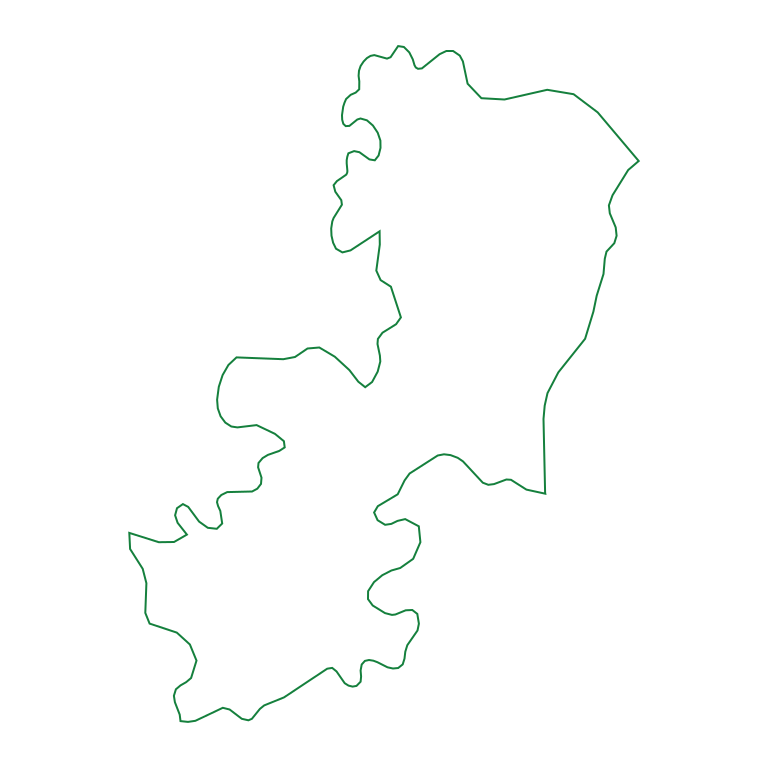 an SVG outline of Catania
{"feature_id": "ITA-5413", "entity_name": "Catania", "entity_type": "Province", "adm_level": 1, "iso_a3": "ITA", "parent_name": "Italy", "parent_adm1": "", "projection": "equal_earth", "projection_center": [14.756, 37.507], "detail": "fine", "context": "isolated", "style": "outline", "palette": "green", "viewbox_px": 768, "rotation_deg": 0, "n_neighbors": 0, "source": "natural_earth", "source_scale": "10m", "svg_char_len": 3023}
<svg xmlns="http://www.w3.org/2000/svg" viewBox="0 0 768 768"><path d="M638.7,161.0L628.2,170.0L612.5,195.3L608.9,205.4L609.8,213.3L615.7,227.4L616.6,235.8L614.3,243.2L606.5,251.6L604.8,258.7L603.5,274.0L596.7,295.7L593.4,311.6L585.1,338.8L558.3,372.4L547.5,393.1L544.7,405.6L543.5,419.0L545.1,492.4L545.3,493.7L526.4,489.6L511.0,479.8L506.4,479.5L494.0,484.1L488.3,484.8L482.8,482.7L463.0,461.4L457.7,457.8L450.5,455.1L444.0,454.3L437.7,455.5L409.6,473.5L404.6,480.4L397.7,494.3L377.8,506.2L374.1,512.5L377.6,520.2L385.1,524.8L391.3,523.9L397.5,520.9L405.2,519.1L418.8,526.3L420.4,542.2L413.2,558.8L400.2,568.0L391.4,570.5L382.3,575.2L374.0,582.1L368.1,591.2L368.0,599.1L372.7,605.5L385.0,613.1L392.0,614.9L395.4,614.5L405.7,610.3L412.3,610.0L417.3,613.9L418.9,623.7L417.5,630.5L407.3,645.2L405.3,651.7L404.5,658.6L402.7,664.4L398.2,668.0L393.0,668.5L387.5,667.3L377.4,662.2L373.4,660.7L369.0,660.0L364.9,660.9L361.7,664.5L360.6,670.5L361.1,676.5L360.6,681.7L356.5,685.9L352.6,686.6L348.5,685.6L344.7,683.2L336.5,671.4L332.2,667.9L327.2,668.7L284.0,697.4L264.2,705.4L259.9,708.9L251.9,718.8L248.4,720.3L241.8,718.8L229.6,709.5L222.8,707.8L195.4,720.8L188.0,721.9L180.5,721.1L179.7,714.6L174.9,702.2L173.9,695.8L175.9,689.3L180.5,685.4L186.1,682.2L191.1,678.0L196.5,660.6L189.9,644.5L176.8,632.6L149.6,623.6L145.3,612.9L146.4,583.2L142.7,568.8L130.1,549.0L129.3,532.9L158.8,542.2L174.0,542.0L186.9,534.6L177.6,522.8L175.1,515.3L177.0,508.2L182.9,504.1L188.2,506.9L199.1,521.6L207.8,527.8L216.8,528.8L222.2,523.5L220.3,510.9L218.1,506.1L217.0,502.2L217.8,498.7L221.3,495.0L227.2,492.1L252.1,491.5L257.3,488.7L261.0,483.9L261.5,477.7L258.1,467.3L258.5,463.0L262.6,458.1L267.9,454.9L279.3,450.9L284.7,447.4L283.9,441.2L275.0,433.9L256.6,425.1L237.4,427.4L231.3,426.5L225.3,422.6L220.6,416.3L217.8,408.4L217.1,399.7L218.8,386.8L222.6,375.1L228.4,365.0L236.5,357.4L283.3,359.2L295.0,357.0L307.5,348.5L319.3,347.5L334.8,356.7L349.4,370.1L358.3,381.7L365.2,387.2L372.1,382.0L377.7,371.6L380.3,361.5L379.9,355.6L377.5,344.0L377.9,338.9L382.5,332.7L396.1,324.2L400.9,317.4L390.9,286.7L380.6,280.1L376.3,270.6L379.8,244.6L379.6,231.3L350.5,250.4L342.4,252.4L336.0,248.7L333.1,242.7L331.5,235.7L331.2,228.5L332.3,221.4L333.6,218.0L341.9,204.7L341.3,200.2L335.3,191.7L333.6,185.2L336.9,181.1L346.3,174.6L347.2,172.7L347.4,171.0L346.7,163.4L346.7,160.1L347.3,156.7L348.4,153.3L354.1,151.1L359.4,152.2L369.4,159.4L374.8,160.3L378.6,155.5L380.5,147.9L380.4,140.6L377.7,132.7L372.9,125.5L366.9,120.3L360.5,118.5L357.3,119.5L349.4,125.9L345.7,126.1L343.3,123.8L342.2,119.8L342.0,115.2L343.2,106.7L344.5,102.7L346.1,99.0L350.7,94.8L355.7,92.6L359.2,89.3L359.3,81.4L358.6,75.8L359.0,70.7L360.6,66.0L363.6,61.5L366.9,58.1L370.5,55.9L374.3,55.1L387.0,58.6L390.6,57.2L398.1,46.1L403.9,47.0L409.3,52.4L412.8,59.4L414.5,65.2L415.8,67.5L418.0,68.8L421.9,68.4L439.6,54.2L446.3,51.0L453.1,51.0L459.8,55.6L462.9,61.4L467.6,83.7L481.4,98.2L504.5,99.5L547.2,89.8L573.6,94.2L597.7,112.4L638.7,161.0Z" fill="none" stroke="#15803d" stroke-width="2"/></svg>